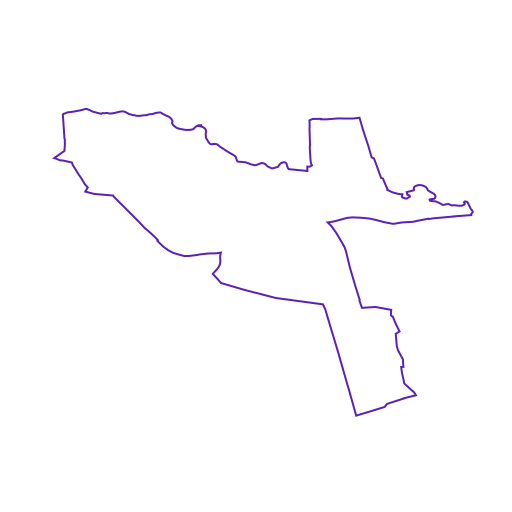 the district of Grobiņa, Grobinas, Latvia, rotated 186°
{"feature_id": "27541924B27244919025150", "entity_name": "Grobiņa", "entity_type": "district", "adm_level": 2, "iso_a3": "LVA", "parent_name": "Latvia", "parent_adm1": "Grobinas", "projection": "equal_earth", "projection_center": [21.167, 56.543], "detail": "fine", "context": "isolated", "style": "outline", "palette": "violet", "viewbox_px": 512, "rotation_deg": 186, "n_neighbors": 0, "source": "geoboundaries", "source_scale": "gbopen_adm2", "svg_char_len": 5969}
<svg xmlns="http://www.w3.org/2000/svg" viewBox="0 0 512 512"><g transform="rotate(186 256 256)"><path d="M291.3,255.7L291.5,254.6L291.6,253.2L291.6,251.3L291.5,250.6L291.1,248.6L291.0,247.5L290.9,246.9L290.9,245.6L291.0,244.4L291.3,243.0L291.7,241.9L292.2,240.7L293.5,238.6L296.4,234.7L297.1,233.6L295.9,232.6L293.6,230.6L293.0,230.2L291.9,229.2L288.8,226.2L288.1,225.5L279.3,223.9L267.4,221.7L260.2,220.5L236.5,217.0L232.0,216.3L184.3,214.9L181.1,209.4L180.9,208.7L179.7,205.7L164.2,168.7L161.9,163.0L150.4,134.5L149.8,133.2L143.4,117.1L139.7,107.7L112.8,119.1L112.4,119.3L110.1,122.7L94.2,129.7L94.3,129.9L82.7,134.1L82.4,134.2L84.5,136.9L94.7,144.3L95.3,145.0L96.2,148.0L98.7,155.3L99.4,158.1L100.0,160.8L98.9,160.9L97.8,161.1L99.1,168.6L105.0,177.2L106.6,181.3L108.9,193.1L105.4,196.0L111.2,205.3L112.3,207.6L113.5,209.8L113.6,210.0L114.8,210.5L115.5,211.1L115.7,211.4L115.9,216.1L115.9,216.6L116.6,216.6L131.8,217.8L145.2,215.5L148.4,222.3L148.3,223.2L154.9,238.4L155.0,238.8L160.5,252.1L161.2,253.9L161.6,254.9L167.0,270.0L168.7,273.7L172.3,278.9L173.7,280.7L175.0,282.5L177.3,285.7L179.0,287.8L180.5,289.5L183.9,293.4L186.4,295.5L188.2,296.9L185.7,297.5L181.9,298.6L176.8,300.5L172.6,302.2L169.1,303.5L166.7,304.0L164.0,304.5L159.3,304.8L156.7,305.0L152.0,305.1L147.0,305.1L144.3,304.8L140.6,304.4L135.6,303.6L132.1,303.1L128.5,302.7L126.7,302.6L122.8,302.3L114.4,304.6L109.7,305.4L107.7,305.7L104.6,306.2L102.6,306.7L98.7,308.0L88.5,311.1L88.2,310.8L84.3,311.8L82.3,312.3L76.9,313.3L67.9,315.1L61.4,316.3L61.7,316.4L60.2,316.7L58.3,317.0L46.2,319.2L46.4,320.0L45.1,322.3L45.6,323.7L47.3,325.2L51.2,331.6L52.0,332.1L52.5,332.0L54.2,332.0L54.8,331.1L53.8,329.8L54.1,329.0L54.7,328.5L56.8,327.5L59.4,327.2L64.6,327.2L66.2,326.7L67.6,327.0L69.7,327.8L71.9,327.5L72.6,327.2L75.0,326.4L76.0,326.4L79.1,327.9L83.2,329.1L86.6,329.0L88.6,329.1L89.1,329.7L89.2,330.3L87.7,330.9L85.0,331.4L83.9,332.7L83.7,333.9L84.2,335.2L85.5,336.4L89.3,338.0L91.9,339.3L92.9,341.0L94.5,342.5L97.8,343.6L99.9,343.7L102.2,343.4L103.8,342.7L105.2,341.8L105.8,341.2L106.1,339.6L105.7,338.2L106.1,337.8L107.9,337.1L112.8,335.3L112.5,334.6L112.1,333.2L111.9,332.7L111.2,332.6L110.4,332.5L109.8,332.2L109.3,331.7L109.2,331.0L110.8,329.9L111.9,329.0L112.7,328.8L113.7,328.8L114.6,329.1L116.1,329.4L117.1,329.9L117.2,330.4L117.0,331.1L116.9,331.9L116.8,332.6L120.9,332.6L126.9,333.6L132.4,335.5L132.3,336.3L133.3,338.1L133.4,338.3L133.8,338.8L135.7,342.3L137.9,346.3L139.8,346.8L141.5,350.3L143.5,354.5L148.8,365.3L151.3,366.2L156.1,377.9L160.4,387.3L163.3,394.0L167.5,404.3L173.7,402.9L179.1,402.3L189.4,401.3L200.0,399.3L200.7,399.2L205.5,398.7L205.6,399.2L214.0,398.2L217.0,396.5L216.1,389.8L216.2,388.9L213.8,371.4L214.0,370.7L213.8,369.6L213.7,368.4L212.7,362.3L211.7,356.7L211.0,354.0L209.8,352.0L211.8,350.5L213.2,350.3L214.3,350.3L213.8,345.9L217.5,345.9L232.6,345.8L233.7,347.1L235.4,351.2L236.5,352.0L238.2,352.2L240.6,351.2L241.8,349.9L243.6,346.9L248.3,345.0L249.1,344.9L250.0,344.9L250.6,345.2L251.7,345.5L253.8,346.3L254.9,347.2L255.4,347.6L256.1,348.3L256.8,348.6L258.7,349.0L259.5,349.1L260.0,349.1L260.6,348.9L264.7,346.8L265.9,346.3L266.5,346.2L267.1,346.1L268.7,346.5L270.5,346.6L275.2,347.9L276.3,348.1L277.0,348.1L277.7,348.1L280.0,348.1L282.9,347.9L283.6,348.0L284.3,348.2L284.7,348.5L285.1,349.2L286.0,351.3L286.5,352.3L286.9,352.8L287.4,353.2L288.6,353.9L292.5,355.6L296.7,357.6L299.7,359.2L302.6,360.6L304.1,361.6L305.8,362.7L306.2,362.9L306.5,363.0L307.1,363.1L307.7,363.2L308.4,363.1L309.5,363.0L310.5,362.8L311.4,362.5L311.9,362.5L312.4,362.5L312.9,362.6L313.4,362.8L313.8,363.0L315.4,364.6L316.7,366.5L317.6,367.5L318.0,368.2L318.3,369.0L318.5,370.5L318.7,371.5L318.8,372.3L318.7,374.8L319.0,375.8L319.3,376.4L319.5,376.8L320.0,377.4L320.5,377.7L321.9,378.5L323.0,378.8L324.1,379.1L325.2,379.2L323.8,380.2L323.4,380.4L323.9,380.4L326.4,380.1L328.9,378.8L331.6,375.7L333.0,375.0L334.1,374.8L335.2,374.5L338.2,374.1L341.1,374.1L342.0,374.3L343.5,374.3L346.6,374.7L347.9,375.0L349.4,375.7L352.5,377.9L353.4,379.5L353.1,381.2L354.4,383.4L355.5,384.2L356.4,385.0L357.2,385.4L358.5,385.8L359.7,386.1L361.1,386.6L362.6,387.2L363.5,387.5L363.9,387.7L364.6,388.1L365.8,388.7L366.5,388.7L367.9,388.5L369.1,388.2L371.1,387.6L373.5,386.5L374.6,386.2L375.5,386.1L376.4,385.9L378.3,385.3L379.3,384.7L380.1,384.6L382.1,384.2L383.2,384.0L385.8,383.3L387.4,383.1L389.3,383.0L390.2,383.0L391.2,383.3L391.8,383.3L392.9,383.2L393.5,383.2L394.9,383.6L395.7,383.8L397.0,383.9L397.9,384.3L400.9,385.5L402.5,385.9L404.7,385.8L407.2,385.1L409.6,384.2L412.7,383.1L415.5,382.5L416.7,382.4L417.7,382.5L418.8,382.7L419.7,382.6L420.9,382.3L421.5,382.1L422.7,382.1L423.6,382.1L424.5,381.3L426.2,381.4L430.2,382.0L432.7,382.4L433.1,382.5L433.8,382.6L436.3,383.6L437.3,383.9L438.3,384.1L439.1,384.4L439.8,384.5L440.5,384.5L441.3,384.3L442.5,383.8L443.7,383.3L445.1,382.8L445.4,382.7L446.2,382.4L448.3,381.8L449.7,381.4L450.5,381.1L451.8,380.7L453.5,380.3L455.1,379.9L455.6,379.8L456.1,379.6L458.3,379.2L458.8,379.0L459.8,378.4L460.9,377.8L462.2,377.3L462.9,376.5L462.1,372.0L460.8,364.5L459.0,354.1L459.0,353.7L458.3,351.8L457.7,346.5L457.5,340.5L466.9,332.3L465.0,331.9L461.0,330.7L460.1,330.6L459.9,330.7L459.8,330.8L458.0,330.7L456.2,330.6L448.8,329.7L447.8,327.4L441.1,318.8L438.0,315.2L437.1,313.9L436.3,312.9L435.5,311.9L434.8,310.9L434.1,309.9L430.5,306.6L432.5,302.2L423.3,300.8L414.4,301.0L404.4,301.2L404.1,300.9L403.4,299.9L395.3,293.4L387.4,287.0L386.1,285.9L384.4,284.6L381.5,282.2L376.7,278.3L373.3,275.4L372.4,274.6L370.0,272.5L368.3,271.3L367.9,271.1L366.7,270.2L365.9,269.7L362.5,267.3L359.3,264.8L358.4,264.1L356.3,262.4L355.2,261.5L355.6,260.7L353.7,259.1L349.0,255.5L344.0,252.6L339.9,250.9L338.0,250.3L332.0,249.2L327.5,248.5L326.6,248.5L324.2,248.8L322.8,249.0L320.1,249.6L317.5,250.2L315.4,250.7L312.2,251.6L310.3,252.1L308.2,252.5L304.7,253.3L301.6,253.8L297.4,254.3L295.3,254.6L293.3,255.1L291.6,255.6L291.3,255.7Z" fill="none" stroke="#5b21b6" stroke-width="2"/></g></svg>